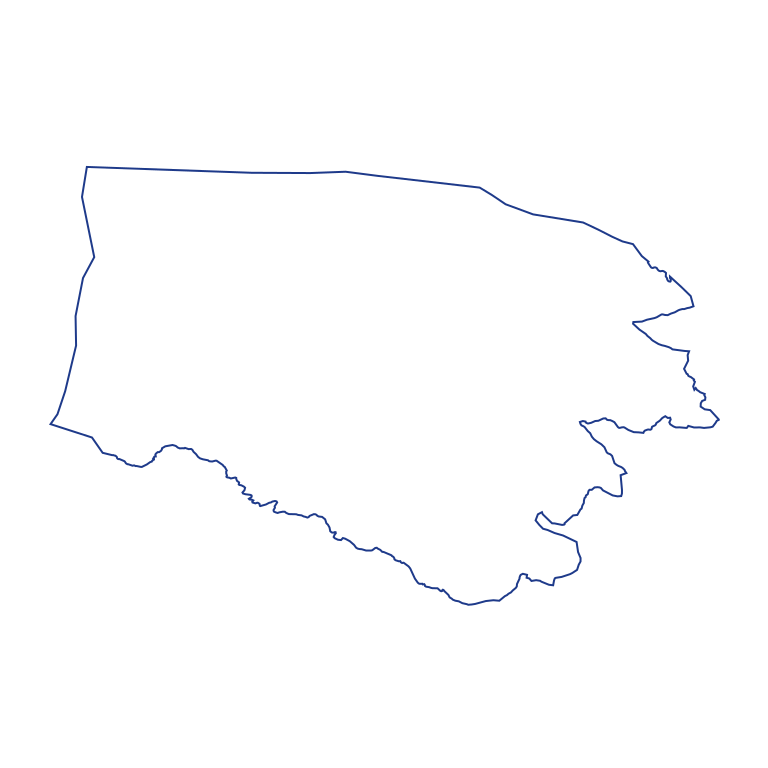 the district of Upper Manya, Eastern, Ghana, rotated 269°
{"feature_id": "2480657B72113427832631", "entity_name": "Upper Manya", "entity_type": "district", "adm_level": 2, "iso_a3": "GHA", "parent_name": "Ghana", "parent_adm1": "Eastern", "projection": "equal_earth", "projection_center": [-0.205, 6.384], "detail": "fine", "context": "isolated", "style": "outline", "palette": "blue", "viewbox_px": 768, "rotation_deg": 269, "n_neighbors": 0, "source": "geoboundaries", "source_scale": "gbopen_adm2", "svg_char_len": 6155}
<svg xmlns="http://www.w3.org/2000/svg" viewBox="0 0 768 768"><g transform="rotate(269 384 384)"><path d="M495.2,84.9L457.3,76.8L427.8,76.8L382.4,65.1L359.5,57.0L349.7,49.9L335.6,91.1L320.1,101.5L317.6,111.0L317.6,112.3L317.2,113.1L317.0,114.2L315.9,115.5L314.4,115.9L313.8,116.5L313.5,117.5L313.6,118.1L311.5,122.8L311.0,123.5L309.2,124.6L308.3,126.0L308.2,127.0L306.7,131.1L307.0,132.7L306.3,134.2L306.3,135.3L305.4,139.2L305.3,140.4L307.7,145.5L309.9,148.7L310.5,150.5L311.1,150.7L311.5,151.3L312.0,151.5L312.3,152.5L312.5,152.7L313.0,152.7L313.7,152.0L314.5,152.9L315.3,153.0L315.6,153.6L315.6,154.5L317.6,154.2L318.6,155.0L319.8,156.5L319.8,158.0L321.1,159.9L322.5,160.8L323.6,160.9L325.5,164.2L326.7,171.5L326.0,173.9L325.4,175.2L324.1,176.6L323.2,178.7L323.3,182.2L323.1,182.9L323.6,183.9L322.3,187.5L322.4,190.0L321.6,191.2L319.5,192.4L317.1,194.9L314.4,196.8L312.9,198.7L311.9,201.5L310.8,206.7L309.9,207.8L309.7,208.7L309.5,210.9L310.3,214.2L310.2,215.3L305.9,221.3L304.4,222.4L303.9,223.3L300.2,225.3L299.3,224.7L297.3,224.7L295.3,225.4L294.1,224.8L293.8,224.9L293.4,225.5L292.9,227.9L292.2,229.2L293.1,233.6L292.7,234.6L291.7,234.6L289.8,235.3L288.1,237.4L286.1,237.0L285.6,237.6L285.2,239.6L283.8,242.2L282.7,243.3L280.2,242.6L278.0,240.6L277.0,241.1L276.2,243.5L275.5,248.3L275.0,249.5L274.7,249.7L273.6,249.7L273.0,249.2L271.6,246.9L270.9,247.5L270.6,249.9L269.9,251.3L268.6,250.2L267.8,250.5L266.9,253.3L267.5,255.2L267.4,255.9L266.4,257.4L264.3,257.8L264.1,258.2L265.6,263.9L267.2,267.0L267.6,269.0L268.4,270.3L268.9,272.8L268.8,273.7L268.4,274.6L267.4,275.1L263.6,272.5L262.2,272.8L260.0,271.4L259.1,271.4L258.2,271.9L257.4,273.8L256.9,275.4L257.5,277.1L258.1,280.7L258.0,282.6L256.8,284.0L255.6,286.6L255.3,293.9L254.6,295.8L254.1,299.3L253.0,301.3L252.5,303.3L251.8,305.0L252.2,306.3L253.4,307.3L255.1,311.6L254.9,313.3L254.2,314.4L253.4,315.0L252.7,316.4L252.2,319.8L249.7,322.8L245.7,324.0L244.4,325.4L241.5,327.0L237.7,327.7L236.5,329.1L236.3,330.1L236.3,331.0L236.8,332.3L236.7,333.0L235.6,333.2L234.2,332.0L231.9,331.0L230.7,332.0L229.1,335.2L228.7,338.3L230.7,340.2L230.0,342.5L227.4,347.1L223.6,351.3L220.9,353.2L219.9,354.7L219.4,356.6L219.2,358.8L217.8,363.2L217.7,368.1L218.0,369.4L220.2,372.4L220.4,373.9L219.6,374.8L218.2,377.4L216.2,379.3L216.1,380.6L212.6,388.5L211.9,388.9L211.0,390.4L209.5,391.3L208.5,391.4L207.6,392.5L206.5,395.7L206.6,397.2L205.5,397.7L204.7,399.0L205.0,400.2L204.9,400.6L201.2,405.4L199.1,407.0L188.9,411.5L184.8,414.3L183.8,415.5L183.6,416.2L183.6,418.8L182.9,419.3L183.2,420.7L182.6,421.2L181.3,421.5L180.6,422.6L180.1,425.5L179.3,427.6L179.0,428.9L178.8,434.0L176.2,436.7L175.8,437.6L176.1,438.6L177.0,438.8L177.3,439.2L177.0,439.9L175.7,440.9L172.0,444.7L169.5,445.9L168.2,448.0L167.2,449.0L166.1,451.5L165.4,455.0L163.5,458.5L162.4,463.0L161.8,464.4L162.0,467.7L162.5,471.3L165.2,482.0L165.9,489.6L165.3,495.5L169.8,501.2L170.8,503.3L172.1,504.8L173.4,507.3L175.3,509.1L177.8,512.2L179.2,513.2L181.7,513.5L187.0,516.1L188.3,516.2L189.9,516.8L190.8,517.4L191.8,519.5L190.7,523.7L187.8,523.2L187.0,525.9L184.5,528.0L185.2,532.7L184.5,536.7L183.6,537.9L180.4,545.4L179.8,549.6L184.7,550.6L186.7,551.4L187.2,552.4L188.0,558.2L190.6,566.6L191.7,568.9L194.8,573.8L200.0,575.6L203.1,577.4L206.6,577.5L212.6,575.1L222.7,573.8L229.4,560.4L232.0,552.0L235.2,545.0L236.5,540.5L240.3,536.9L245.0,533.2L251.0,535.6L253.1,539.7L251.0,540.4L241.8,549.6L241.6,552.3L240.0,559.6L240.2,561.5L240.6,562.1L241.6,562.1L249.3,570.8L249.7,575.0L255.1,578.2L256.0,579.4L259.0,580.2L261.5,581.7L264.0,581.9L266.0,582.4L266.6,582.6L267.3,583.6L268.8,583.9L269.5,584.5L269.7,585.1L270.3,585.8L273.4,586.6L274.6,587.6L274.6,589.9L276.9,592.7L277.1,595.6L276.9,597.4L276.3,599.0L273.8,601.1L268.6,610.7L267.6,615.5L267.8,619.2L270.4,620.0L273.8,620.1L288.7,619.0L290.7,624.8L292.8,623.4L294.0,623.0L295.9,621.1L296.9,619.6L298.0,616.9L299.1,615.1L300.8,613.1L308.1,610.8L309.7,609.2L310.8,606.6L311.8,605.5L316.9,603.3L319.9,600.3L323.0,595.6L325.2,592.9L327.7,590.9L331.2,589.3L333.4,586.9L337.4,583.9L338.2,582.8L339.2,580.7L340.8,579.7L342.6,579.2L343.5,582.2L342.9,584.9L342.0,585.1L341.6,585.7L341.0,586.9L341.0,587.7L341.6,590.5L343.3,594.5L343.5,597.7L345.7,602.6L345.8,605.0L344.3,606.4L344.0,607.6L343.9,609.6L343.0,611.6L341.8,613.7L336.9,617.1L336.2,617.9L336.0,618.9L336.5,621.1L336.6,622.8L336.3,623.7L333.8,627.5L331.5,632.9L331.2,637.7L330.6,642.5L331.9,643.1L332.9,644.1L333.8,646.7L333.9,647.6L333.6,649.4L334.0,650.3L334.4,650.7L336.4,651.2L336.7,651.5L337.9,654.2L338.6,655.0L340.2,655.6L342.5,659.1L345.1,661.6L346.9,664.6L345.1,667.2L345.3,669.5L343.5,670.0L340.7,668.6L338.7,669.5L336.5,672.7L335.5,675.1L335.5,678.8L334.8,685.6L334.9,686.1L336.8,687.5L335.1,693.3L335.1,699.2L334.5,703.2L335.0,709.5L335.6,711.9L339.3,714.8L341.4,716.1L342.3,718.1L342.7,718.1L352.2,709.7L353.1,704.2L355.9,700.2L359.2,700.4L361.5,701.8L362.6,704.8L365.1,705.1L367.4,704.0L368.4,704.5L370.3,699.9L371.6,698.4L372.4,697.0L374.5,695.6L372.8,694.2L376.2,693.1L380.8,694.9L382.1,693.8L383.1,694.1L385.7,690.8L386.1,689.7L386.8,688.5L388.6,687.7L388.9,686.8L393.9,684.3L402.0,688.5L407.6,688.1L411.4,689.6L411.8,685.1L413.6,673.0L414.9,671.4L415.9,669.3L417.2,665.4L417.9,662.5L419.2,659.1L422.5,653.8L423.6,652.4L425.1,651.1L427.5,648.2L429.4,646.7L433.9,640.4L439.9,634.1L441.6,634.4L441.9,643.0L443.7,648.1L445.2,655.6L446.0,657.9L448.7,662.7L448.7,664.0L448.1,666.2L447.9,668.9L449.4,672.1L450.6,676.0L452.5,679.5L453.0,680.7L453.7,683.5L453.7,685.6L454.6,688.5L455.0,691.0L456.3,694.8L466.5,692.2L475.6,683.2L486.4,671.8L485.0,671.8L483.9,672.5L482.0,672.5L481.4,672.1L481.5,670.9L482.1,669.9L483.5,669.0L484.7,668.9L486.7,667.6L490.1,667.9L491.1,666.8L492.0,665.3L492.2,664.2L491.9,662.4L492.2,661.3L492.7,660.5L493.8,659.5L495.0,658.9L495.6,658.0L495.9,657.1L495.8,656.0L495.3,654.9L495.5,653.8L496.0,653.0L500.2,650.3L501.0,650.0L501.7,650.6L507.4,644.0L519.5,635.4L522.4,624.9L527.2,614.8L534.6,600.9L542.0,585.9L551.0,536.0L561.6,508.7L571.0,495.3L578.7,483.1L592.2,381.4L596.9,349.3L596.2,314.0L597.5,255.2L606.2,90.7L576.3,85.3L515.9,96.5L495.2,84.9Z" fill="none" stroke="#1e3a8a" stroke-width="2"/></g></svg>